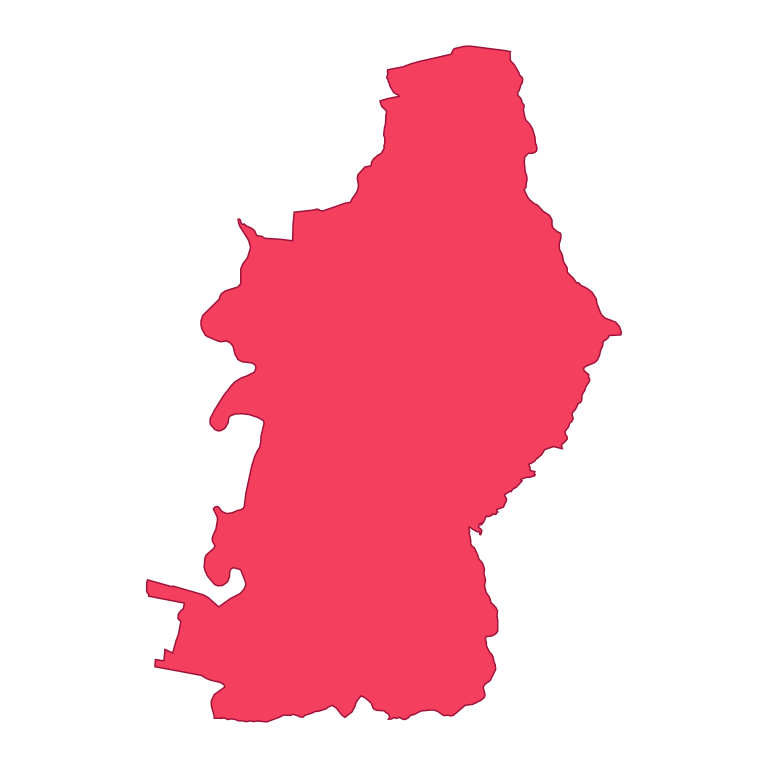 outline of Vladimir, Gorj, Romania
{"feature_id": "2599482B64472006817342", "entity_name": "Vladimir", "entity_type": "district", "adm_level": 2, "iso_a3": "ROU", "parent_name": "Romania", "parent_adm1": "Gorj", "projection": "equal_earth", "projection_center": [23.559, 44.818], "detail": "fine", "context": "isolated", "style": "filled", "palette": "rose", "viewbox_px": 768, "rotation_deg": 0, "n_neighbors": 0, "source": "geoboundaries", "source_scale": "gbopen_adm2", "svg_char_len": 6093}
<svg xmlns="http://www.w3.org/2000/svg" viewBox="0 0 768 768"><path d="M482.5,563.1L478.8,558.9L477.8,555.2L474.4,547.9L471.8,545.8L470.7,543.6L470.7,540.2L469.2,532.9L469.7,530.4L468.8,528.9L469.3,527.0L476.0,531.2L477.8,531.9L479.0,531.5L479.9,532.5L479.7,534.3L480.7,534.7L481.9,530.6L480.9,529.1L478.6,527.4L479.3,524.1L481.2,523.1L481.1,524.8L482.2,523.9L484.2,521.1L486.3,515.8L488.0,516.7L491.9,515.3L492.4,514.0L495.5,514.4L496.4,513.9L496.5,512.3L497.8,512.0L496.8,510.6L497.0,509.4L503.5,507.1L505.2,502.9L506.0,502.0L506.6,499.2L504.4,494.7L510.2,491.2L511.3,491.6L512.6,489.2L516.1,487.4L522.1,480.9L520.6,479.9L521.3,479.1L526.8,477.3L529.9,477.2L534.8,475.7L535.2,474.5L534.1,473.7L534.9,471.6L530.1,470.5L530.1,467.6L528.6,464.2L531.0,463.4L534.8,461.0L536.9,458.2L537.9,458.1L538.6,457.0L541.4,455.0L544.8,449.5L553.5,446.6L562.3,448.7L561.7,446.8L561.9,444.1L564.4,442.3L567.2,439.2L567.2,437.1L565.4,434.3L565.2,431.1L568.5,427.0L569.8,423.0L571.7,421.5L573.2,418.7L572.1,414.8L572.1,413.3L575.6,409.1L578.3,403.4L579.9,402.9L581.2,401.5L581.8,399.9L581.9,395.2L585.1,389.7L585.6,387.3L589.6,380.9L589.6,378.8L588.7,377.7L588.8,374.7L584.2,370.8L583.8,369.6L583.9,367.7L585.8,366.3L594.4,362.7L597.0,360.5L599.3,356.0L600.9,349.4L602.5,346.6L603.2,341.4L603.7,340.8L605.2,340.3L608.0,338.0L609.3,335.5L620.8,334.9L621.3,332.1L619.6,326.8L615.7,322.2L605.1,318.1L602.2,315.6L600.3,312.3L596.7,302.7L596.4,299.2L592.0,292.2L586.0,287.8L580.9,285.4L578.6,282.7L576.7,283.0L573.3,278.3L567.9,272.9L567.3,271.8L567.1,267.7L563.6,261.8L562.2,254.6L559.5,249.5L559.2,244.1L560.9,238.1L560.9,234.5L560.4,233.1L556.8,231.4L552.9,227.8L552.0,224.8L552.0,220.0L549.6,215.5L543.3,211.4L537.1,204.8L534.9,204.1L530.1,200.2L528.0,197.8L524.3,190.3L524.4,189.2L526.1,187.1L526.1,184.2L527.1,179.1L526.4,174.8L525.2,171.7L524.3,162.1L524.7,157.1L528.5,153.2L532.6,153.3L535.1,152.2L536.4,151.1L537.0,148.7L536.2,144.8L535.4,143.3L535.0,137.4L532.5,128.8L529.7,124.2L526.3,120.5L525.1,118.1L523.4,110.4L524.2,105.4L521.9,102.3L521.6,100.2L520.6,98.2L517.6,94.8L517.9,92.3L519.2,90.4L520.7,85.4L522.4,82.4L522.7,78.8L521.8,77.1L519.6,75.1L518.9,72.6L514.2,64.6L510.4,60.6L510.0,52.9L510.5,51.7L506.6,50.8L469.9,46.1L463.9,46.4L454.4,48.6L453.1,49.7L452.9,51.1L451.8,52.3L451.7,53.8L451.1,54.2L419.3,61.5L411.3,63.7L403.1,66.8L387.7,69.8L387.4,71.9L387.9,73.6L386.7,77.8L388.0,79.5L388.3,81.7L389.2,82.9L389.9,86.0L393.3,92.0L396.4,94.3L398.2,94.8L399.2,96.3L387.4,98.7L379.9,101.0L381.7,106.4L386.1,110.6L386.6,111.9L385.9,115.1L385.6,123.0L384.4,128.1L383.7,135.0L384.8,138.2L384.7,143.4L383.9,146.1L384.3,148.0L381.2,153.5L377.8,155.3L373.6,158.9L371.6,162.0L371.1,165.8L364.9,167.0L357.8,174.9L357.3,178.5L358.5,184.8L358.0,188.7L356.7,192.3L352.3,198.5L350.2,202.4L345.4,203.1L323.0,210.9L320.3,210.7L319.0,209.6L316.7,209.1L313.9,210.0L294.2,212.2L293.1,224.2L292.6,240.8L280.5,239.3L264.6,238.3L262.2,236.5L257.1,235.5L256.5,235.2L254.9,231.2L252.6,228.9L245.9,225.6L244.5,224.1L242.4,224.3L241.1,222.9L240.2,219.8L238.9,219.0L238.0,219.4L238.9,223.9L239.9,226.5L247.8,238.9L248.9,241.2L250.6,247.6L247.5,257.7L242.7,264.1L240.8,268.9L240.7,283.7L237.9,287.0L225.5,290.8L221.6,293.6L220.4,295.3L219.2,299.2L203.5,314.7L202.3,316.6L201.0,321.0L201.0,325.1L202.0,329.2L205.3,335.1L207.2,336.4L218.1,341.1L220.8,341.7L226.5,341.0L230.1,342.8L233.0,346.1L235.0,354.2L238.0,359.6L242.4,361.8L251.6,362.9L253.6,363.8L255.2,365.2L256.0,367.8L254.8,371.4L253.7,372.5L246.8,376.0L241.1,378.0L235.0,381.8L231.5,385.4L223.8,395.3L214.6,410.0L210.6,417.6L210.1,419.2L210.0,422.2L210.5,424.6L214.9,429.6L218.2,430.9L220.9,430.6L224.6,428.5L225.9,426.7L228.0,422.9L229.0,417.2L230.6,415.7L235.3,414.0L241.7,413.7L249.0,414.5L257.9,417.5L263.0,420.4L263.8,421.7L264.0,423.7L261.0,436.4L260.8,441.8L259.7,447.2L257.3,451.0L254.7,456.5L251.8,465.8L245.9,493.1L244.4,505.8L243.4,508.1L241.5,509.5L236.4,510.9L232.3,512.8L226.8,513.6L222.1,511.6L218.5,507.1L217.4,506.5L215.2,506.9L213.3,509.0L217.2,516.9L217.5,519.9L215.9,529.3L213.2,535.1L212.2,538.8L212.5,541.4L214.7,545.3L214.7,546.7L213.5,548.6L206.3,554.8L205.0,557.7L204.1,567.0L205.3,571.3L207.7,576.3L214.2,584.1L215.7,585.0L218.1,585.8L222.4,585.5L226.5,582.7L227.9,581.0L229.4,577.2L229.8,571.7L230.4,569.9L231.4,568.6L233.4,567.7L239.6,569.3L241.0,570.6L245.4,581.7L245.9,585.0L243.8,589.5L240.2,593.5L230.4,598.6L218.7,606.9L208.1,597.5L203.2,594.8L173.0,586.1L172.0,586.7L147.5,579.9L146.7,582.7L146.7,591.8L148.6,594.4L148.7,596.2L184.4,603.1L183.3,608.7L180.3,611.3L178.3,614.2L178.0,618.3L178.6,619.5L180.9,621.3L178.3,635.0L176.2,640.2L172.7,653.0L165.0,649.4L163.9,660.8L155.4,659.6L154.9,666.7L201.4,675.4L206.5,678.5L210.1,680.0L220.4,682.5L223.5,684.4L224.6,686.0L224.7,687.1L214.2,694.6L211.2,701.3L211.4,705.7L214.1,715.7L214.3,718.2L221.7,718.3L221.7,717.8L225.8,718.4L227.3,719.5L231.4,718.9L235.0,719.4L238.4,720.8L243.2,720.9L246.2,721.7L250.8,720.8L253.2,721.6L257.7,721.0L266.8,721.9L279.7,717.1L283.5,715.1L290.9,715.3L293.0,714.3L297.8,715.7L299.8,716.9L303.1,717.1L304.9,715.3L312.3,713.0L314.5,711.7L319.1,711.1L326.2,708.8L328.4,706.9L332.3,705.4L336.3,708.1L341.8,715.0L344.9,717.4L351.9,712.0L354.9,706.6L355.7,703.5L357.5,700.1L361.0,695.9L365.5,698.0L371.1,703.0L373.1,708.1L374.1,709.2L376.7,710.3L384.1,710.8L385.8,712.5L388.7,714.1L389.4,716.0L389.2,718.1L388.5,719.2L391.4,719.0L394.0,717.5L396.4,718.4L399.4,717.4L403.1,719.3L405.2,719.5L408.4,717.8L410.4,715.4L414.1,714.5L421.0,711.0L430.7,710.0L434.2,710.1L437.7,711.4L443.8,715.6L447.9,715.2L450.9,715.9L453.5,715.2L465.2,705.3L473.0,704.3L474.9,702.9L476.0,703.0L477.5,701.8L480.2,700.8L483.6,698.1L484.7,696.6L485.0,694.4L483.3,687.9L483.5,686.5L485.2,684.1L490.2,680.5L495.7,669.4L495.2,664.7L494.2,662.4L492.9,656.5L491.8,654.5L489.6,652.2L487.4,648.0L486.3,645.2L486.4,642.7L485.4,638.4L486.4,636.5L491.3,636.1L494.7,634.5L496.3,633.2L497.7,631.0L497.7,620.5L497.0,615.7L497.5,611.0L495.8,607.4L490.9,602.4L489.8,597.9L486.0,592.1L484.5,585.7L485.5,580.3L483.9,573.1L484.5,569.1L482.5,563.1Z" fill="#f43f5e" stroke="#9f1239" stroke-width="1.5"/></svg>